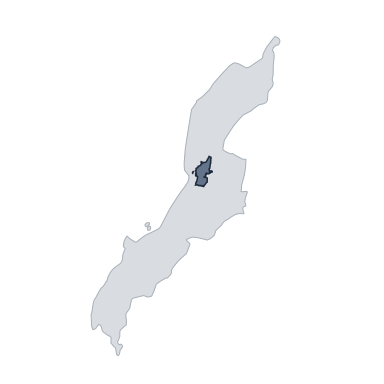 Salima, Salima, Malawi (highlighted), rotated 219°
{"feature_id": "42251766B16377643813547", "entity_name": "Salima", "entity_type": "district", "adm_level": 2, "iso_a3": "MWI", "parent_name": "Malawi", "parent_adm1": "Salima", "projection": "equal_earth", "projection_center": [34.375, -13.765], "detail": "fine", "context": "in_parent", "style": "filled", "palette": "slate", "viewbox_px": 384, "rotation_deg": 219, "n_neighbors": 0, "source": "geoboundaries", "source_scale": "gbopen_adm2", "svg_char_len": 7126}
<svg xmlns="http://www.w3.org/2000/svg" viewBox="0 0 384 384"><g transform="rotate(219 192 192)"><path d="M156.0,226.4L154.2,223.2L152.8,224.0L150.7,226.3L149.6,226.9L149.0,226.8L148.7,226.3L148.2,224.8L146.6,220.6L144.8,217.6L143.0,216.5L141.4,215.1L142.1,213.8L142.8,212.8L142.5,211.9L141.6,210.4L138.3,208.3L138.2,207.4L141.2,205.6L143.0,203.5L144.3,201.5L145.9,197.0L147.2,192.5L148.1,191.0L148.5,188.0L148.2,184.7L148.9,180.4L149.2,176.4L148.2,174.8L147.4,172.1L148.3,167.5L149.9,164.3L157.3,160.9L162.5,157.9L163.6,156.6L165.3,154.0L166.3,151.5L165.6,150.8L161.5,150.7L160.5,149.7L157.6,140.9L159.2,130.8L159.3,126.8L159.3,121.9L158.8,118.3L157.5,116.8L156.7,114.9L156.9,109.6L158.1,109.0L160.7,102.0L161.8,97.9L160.4,94.6L158.9,89.9L158.2,86.9L157.8,85.9L158.9,84.0L160.6,82.3L162.6,81.8L164.6,80.9L171.1,72.2L171.2,70.5L170.0,67.6L167.6,63.2L167.1,61.4L166.8,56.1L165.8,54.5L162.2,51.0L159.4,47.2L160.3,43.4L160.8,39.3L159.4,37.0L157.4,34.6L156.1,31.2L155.5,28.6L153.9,27.6L152.5,27.5L151.4,29.1L150.2,29.0L148.8,28.4L148.3,26.2L148.3,23.8L147.3,22.2L146.4,19.9L146.2,18.7L146.8,18.3L148.1,18.1L153.3,22.7L156.5,22.9L160.1,23.7L163.1,27.8L164.7,28.3L166.7,27.7L172.4,27.3L174.7,27.9L177.7,30.3L178.8,30.6L180.7,30.7L181.0,30.0L181.2,28.6L180.9,25.8L181.3,24.3L182.4,22.7L185.6,24.6L193.4,33.4L193.6,34.5L198.6,43.2L200.2,46.9L200.2,48.8L201.7,56.4L202.1,60.0L201.7,62.7L201.8,64.9L202.4,68.0L202.2,69.3L204.0,73.8L204.8,77.6L205.0,81.3L204.5,85.0L202.9,90.3L202.7,92.4L203.0,94.4L204.0,96.5L205.7,98.7L207.0,101.5L207.8,104.7L208.6,106.2L209.5,106.1L211.1,106.6L212.5,108.5L214.0,111.6L214.6,115.3L214.8,116.8L210.3,116.7L204.7,117.3L203.4,118.7L202.9,121.9L201.2,128.4L200.2,130.8L198.1,135.1L195.2,141.3L194.6,143.3L194.7,145.3L196.4,153.7L198.2,162.5L198.8,165.9L200.1,177.6L200.8,185.8L200.9,190.6L201.5,197.1L203.1,200.6L204.8,202.8L211.1,204.1L213.0,205.7L216.5,209.8L224.3,221.2L228.6,228.5L232.3,234.9L239.1,246.7L244.3,255.9L244.9,264.6L245.8,265.8L244.0,272.2L242.8,282.6L243.6,289.4L243.2,301.1L242.3,313.6L241.0,318.0L239.5,319.7L235.9,321.1L227.9,322.6L226.7,324.1L225.6,326.5L224.0,332.2L222.1,338.0L221.5,340.4L221.8,341.0L223.6,344.0L225.2,351.5L225.5,364.4L224.9,365.3L222.6,365.9L220.0,365.7L219.0,365.0L218.0,363.5L217.4,360.8L219.0,358.9L219.6,355.5L218.6,352.6L216.4,352.0L213.7,349.4L207.9,340.7L203.1,334.7L200.3,329.7L197.4,327.7L196.6,326.4L195.9,324.3L195.9,321.3L196.1,319.0L195.2,316.5L192.3,312.6L191.0,310.4L190.9,307.8L192.1,305.3L194.6,302.3L196.5,296.1L197.2,292.1L200.7,284.0L201.2,277.0L201.3,271.4L201.1,267.2L200.2,258.6L199.5,252.7L195.2,244.9L193.8,244.2L189.6,244.9L186.1,246.0L184.3,247.6L181.7,247.7L174.7,249.1L172.6,249.6L171.3,251.0L170.6,251.3L166.2,245.3L162.3,238.8L157.4,227.8L156.0,226.4ZM206.7,140.8L205.5,141.2L204.8,140.4L205.0,138.0L205.4,136.3L206.6,136.0L207.4,136.4L208.0,137.2L208.0,138.5L207.6,139.8L206.7,140.8ZM204.1,136.5L203.5,138.9L202.1,138.8L200.8,136.7L201.2,135.1L202.4,134.5L203.5,135.2L204.1,136.5Z" fill="#d9dde1" stroke="#a8b0b8" stroke-width="1"/><path d="M201.1,230.5L201.0,230.1L200.9,229.5L200.8,229.1L200.7,228.6L200.5,228.3L200.5,228.0L200.5,227.7L200.5,227.2L200.4,226.9L200.4,226.6L200.3,226.3L200.1,225.8L200.1,225.4L200.0,224.9L199.9,224.4L200.0,224.2L200.1,223.9L200.2,223.7L200.4,223.3L200.7,223.0L200.9,222.8L201.1,222.6L201.3,222.6L201.3,222.4L201.4,222.2L201.5,222.2L201.8,221.8L201.8,221.7L201.9,221.4L202.0,221.2L202.0,220.7L202.0,220.4L202.3,219.9L202.4,219.5L202.4,219.0L202.3,218.7L202.2,218.4L202.1,218.5L202.1,218.8L202.1,218.7L202.1,218.4L202.2,218.1L202.2,217.9L202.4,217.5L203.1,216.2L203.4,215.7L203.2,215.6L203.1,215.4L203.0,215.2L202.9,215.0L202.9,214.8L203.0,214.3L203.2,213.9L203.5,213.5L203.6,213.3L203.6,213.1L203.7,212.9L203.6,212.7L203.4,212.6L203.1,212.5L203.0,212.1L202.9,212.0L202.7,211.9L202.6,211.1L202.6,210.9L202.5,210.7L202.3,210.7L202.1,210.5L201.8,210.3L201.7,210.2L201.8,210.3L201.7,210.3L201.5,210.0L201.3,209.7L201.1,209.5L200.9,209.2L200.8,208.8L200.7,208.5L200.6,208.4L200.6,208.5L200.4,208.4L200.2,207.8L200.0,207.7L199.8,207.6L200.0,207.8L199.9,208.0L200.0,208.1L199.9,208.3L199.8,208.1L199.8,208.3L199.7,208.2L199.8,208.1L199.8,207.8L199.7,207.7L199.5,207.4L199.6,207.2L199.3,206.9L198.9,206.9L198.8,207.1L198.7,207.1L198.6,207.3L198.3,207.5L198.1,207.6L197.7,207.6L197.3,207.5L197.3,207.4L197.2,207.3L197.2,207.2L197.0,206.8L196.8,206.6L196.7,206.5L196.6,206.4L196.3,206.0L196.2,205.7L196.1,205.4L196.0,205.2L195.9,205.0L195.9,204.9L195.6,204.6L195.5,204.4L195.2,203.5L195.0,203.2L194.9,203.1L194.9,202.8L195.0,202.4L194.9,202.2L194.8,201.7L194.7,201.3L194.6,201.2L194.2,200.8L193.9,200.4L193.8,200.1L193.6,199.8L193.6,199.6L193.4,199.7L193.2,200.3L192.9,200.5L192.9,200.8L192.7,200.9L192.4,201.0L192.0,200.9L191.7,201.0L191.3,201.0L191.0,201.0L190.9,201.1L190.8,201.3L190.7,201.4L190.6,201.6L190.4,201.8L190.1,201.8L189.9,202.0L189.7,201.9L189.5,202.0L189.4,202.2L189.4,202.4L189.3,202.5L189.2,202.5L189.1,202.4L188.7,202.7L188.7,202.9L188.3,203.0L188.1,202.8L187.8,203.0L187.6,203.1L187.5,203.4L187.3,203.4L187.1,203.4L187.1,203.6L186.9,203.5L186.7,203.5L186.6,203.9L186.4,203.9L186.6,204.8L186.6,206.7L186.7,207.6L186.7,208.2L186.6,208.8L186.4,209.2L186.5,209.3L188.8,212.3L189.0,212.3L189.3,212.4L189.5,212.5L189.6,212.4L189.9,212.4L190.0,212.3L190.2,212.2L190.5,212.3L190.6,212.0L190.8,212.0L191.0,211.8L191.2,211.7L191.3,211.7L191.7,211.5L191.7,211.4L191.8,211.3L191.8,211.2L192.0,211.2L192.0,211.4L192.0,211.5L191.9,211.7L191.8,211.8L191.9,212.0L191.9,212.4L191.8,212.9L191.9,213.6L192.0,213.9L191.9,214.4L192.1,214.4L192.4,214.6L192.6,214.6L192.6,215.0L192.7,215.4L192.7,215.5L192.7,215.8L192.4,215.9L192.3,216.0L192.0,215.9L191.9,216.0L191.7,216.0L191.2,216.1L190.9,216.3L190.5,216.6L190.4,216.7L190.5,216.9L190.5,217.2L190.5,217.3L190.4,217.4L190.5,217.4L190.5,217.5L190.7,217.9L190.6,218.1L190.7,218.3L190.3,218.3L190.2,218.4L190.1,218.6L189.9,218.8L189.7,219.0L188.9,220.3L189.0,220.4L189.1,220.5L189.2,220.4L189.3,220.6L189.4,220.8L189.5,220.8L190.0,220.4L190.1,220.2L190.3,220.0L190.5,219.9L190.6,219.7L190.7,220.0L190.9,219.7L191.0,219.8L191.1,219.7L191.2,219.8L191.3,219.8L191.4,219.7L191.5,219.6L191.9,219.6L192.0,219.5L192.4,219.9L192.9,220.4L193.1,220.5L193.3,220.8L193.3,221.0L193.1,221.3L193.1,221.6L193.5,222.1L193.7,222.4L193.7,222.6L193.8,222.8L194.0,223.1L194.4,223.6L194.5,223.7L194.7,224.2L195.0,224.6L195.1,224.9L195.4,225.3L195.5,225.4L195.6,225.8L195.7,226.2L195.8,226.4L195.8,226.5L196.0,226.5L196.5,227.0L196.8,227.6L197.2,228.4L197.6,228.6L197.8,228.8L197.9,229.0L197.9,229.3L198.0,229.4L198.1,229.6L198.3,230.0L198.6,230.0L198.8,230.4L198.9,230.7L199.0,230.9L199.5,230.7L200.0,230.7L200.4,230.6L200.6,230.6L200.8,230.6L201.1,230.5ZM203.8,208.7L204.0,208.5L204.0,208.4L203.9,208.1L203.9,207.7L203.8,207.4L203.6,207.1L203.4,207.0L203.2,207.0L203.3,207.3L203.5,207.9L203.8,208.6L203.8,208.7ZM203.4,220.9L203.3,221.0L203.4,221.3L203.5,221.4L203.5,221.5L203.7,221.4L203.8,221.2L203.7,221.2L203.4,220.9ZM203.2,220.8L203.2,220.7L203.0,220.8L203.2,220.8ZM204.1,222.1L204.1,221.9L204.1,222.0L204.1,222.1Z" fill="#64748b" stroke="#1e293b" stroke-width="1.5"/></g></svg>